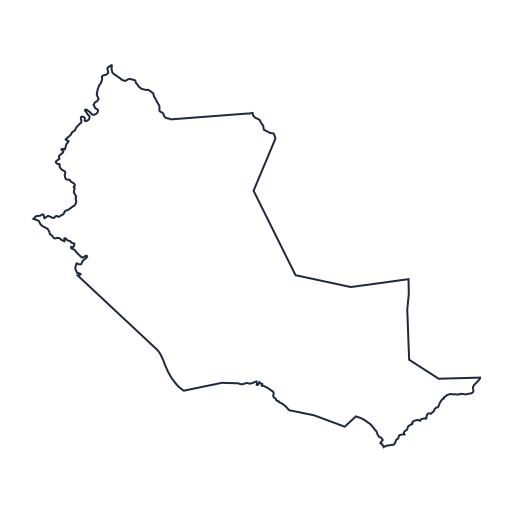 the district of Salama, Olancho, Honduras, rotated 89°
{"feature_id": "27666195B49586797079584", "entity_name": "Salama", "entity_type": "district", "adm_level": 2, "iso_a3": "HND", "parent_name": "Honduras", "parent_adm1": "Olancho", "projection": "robinson", "projection_center": [-86.647, 14.837], "detail": "fine", "context": "isolated", "style": "outline", "palette": "slate", "viewbox_px": 512, "rotation_deg": 89, "n_neighbors": 0, "source": "geoboundaries", "source_scale": "gbopen_adm2", "svg_char_len": 6033}
<svg xmlns="http://www.w3.org/2000/svg" viewBox="0 0 512 512"><g transform="rotate(89 256 256)"><path d="M270.1,435.0L270.1,434.0L270.3,432.9L270.7,431.9L271.1,431.7L271.6,432.1L272.4,434.6L348.7,355.8L351.2,354.1L352.8,353.1L358.9,350.4L363.3,348.9L370.6,345.8L376.3,342.7L381.4,339.0L384.8,336.2L386.1,334.8L389.2,331.0L389.4,330.5L382.2,292.3L382.9,278.1L382.9,276.2L383.9,273.6L384.0,271.9L383.8,270.8L383.1,268.8L382.8,267.1L383.5,264.6L383.4,263.6L382.8,261.3L381.7,258.8L381.5,257.7L383.6,257.3L384.8,257.6L385.0,257.3L384.8,256.5L384.4,255.9L382.2,254.9L382.6,254.5L383.2,254.2L384.0,252.0L384.4,252.0L385.6,252.6L385.9,252.5L386.0,252.2L385.9,251.3L386.0,250.7L387.3,248.1L388.1,246.6L391.8,241.5L392.5,241.0L393.6,240.7L396.2,241.2L396.8,241.1L397.9,240.3L399.5,238.4L400.7,238.2L401.2,237.3L401.7,235.8L402.6,235.5L403.6,233.3L404.6,231.7L407.0,228.8L410.2,226.1L411.1,224.8L411.1,224.0L416.3,200.7L428.2,170.3L418.1,158.9L420.0,153.7L422.1,150.0L424.2,147.4L425.3,145.6L427.6,143.2L428.8,142.4L430.7,140.7L431.7,140.4L432.6,139.3L433.8,138.5L436.7,137.5L438.8,136.2L439.5,135.0L439.7,134.1L440.4,133.7L441.9,132.5L442.3,132.5L442.9,132.9L444.4,134.5L445.3,134.9L445.7,134.5L446.2,133.3L447.2,133.0L447.4,132.6L448.0,132.0L449.3,131.7L448.8,130.9L447.8,128.0L447.6,125.4L447.2,123.8L447.1,121.8L446.8,121.1L446.1,120.6L445.2,120.5L445.0,120.2L444.0,119.5L443.1,119.4L442.4,119.0L441.8,118.5L441.0,117.0L438.0,116.1L437.5,115.0L437.1,113.5L436.9,112.0L437.0,110.7L435.2,111.2L434.0,110.6L433.5,110.1L432.9,108.7L432.5,108.2L431.9,107.9L429.8,107.2L428.8,106.6L428.0,105.4L426.5,102.5L426.2,102.4L425.8,102.7L425.3,102.8L424.6,102.3L424.0,101.7L423.6,100.9L422.7,97.2L422.9,96.5L423.6,94.9L422.1,93.8L421.4,90.9L421.6,89.0L421.5,88.8L421.2,88.5L420.3,88.6L419.4,88.2L418.1,88.0L416.8,87.0L416.5,86.6L416.4,85.2L416.7,83.8L416.6,83.5L415.7,82.8L415.0,81.7L414.4,81.1L413.4,80.5L412.3,80.1L411.6,79.5L410.9,78.6L410.4,76.9L410.0,76.4L408.1,75.5L406.5,75.0L403.4,73.0L402.1,71.8L401.8,70.7L400.8,70.6L400.2,70.2L399.8,68.9L398.5,67.7L398.1,66.3L397.6,65.2L397.4,64.1L397.8,61.0L397.8,58.9L398.0,57.1L397.9,55.1L397.5,54.4L397.4,53.4L397.6,51.3L398.1,48.5L397.8,47.7L397.4,45.5L397.3,43.9L396.5,42.0L395.7,41.3L394.9,41.0L394.1,41.0L391.8,41.4L390.8,41.3L390.1,41.0L389.1,40.4L384.0,35.4L382.6,34.3L381.5,34.1L381.5,34.3L381.9,75.5L362.4,104.7L312.2,105.7L296.7,103.9L281.8,103.9L288.7,161.8L275.9,216.8L190.7,257.3L138.9,234.5L135.2,235.6L134.3,236.0L133.8,236.5L133.6,236.8L133.4,238.8L132.9,240.4L129.8,246.0L125.7,246.6L122.8,248.7L120.4,249.7L119.3,251.1L117.9,254.0L116.4,255.7L115.1,256.5L112.9,256.9L113.5,260.9L113.4,261.9L117.9,338.6L117.0,340.9L116.6,343.1L115.8,344.4L115.0,345.0L113.6,345.8L111.8,346.3L111.3,346.9L109.9,349.3L109.2,349.9L107.5,350.0L104.9,349.9L104.1,350.1L99.7,352.5L97.9,353.3L94.7,355.2L93.7,355.5L92.1,355.7L91.4,356.1L88.3,360.2L88.0,361.3L88.0,362.7L87.8,364.2L86.9,367.3L86.1,368.5L84.6,370.3L82.3,371.7L81.0,372.9L78.5,373.7L78.2,374.0L77.2,377.2L76.8,379.6L77.0,380.6L78.4,383.1L78.7,384.0L77.3,387.4L76.4,388.2L71.4,395.1L70.3,396.2L69.7,396.5L67.0,397.1L65.1,397.1L63.0,396.8L62.8,396.9L62.7,397.2L62.9,397.8L63.8,398.9L64.7,400.6L65.4,401.2L66.4,401.3L69.6,400.5L70.1,400.6L70.9,401.2L71.9,402.2L72.9,405.7L73.2,406.3L73.7,406.8L74.3,407.0L75.4,406.7L76.8,406.8L79.5,407.7L80.7,408.2L82.0,409.3L83.3,410.1L87.0,411.5L91.8,412.4L92.6,412.2L95.9,410.7L96.4,410.7L98.8,412.4L99.0,413.6L99.6,414.3L102.0,415.8L102.3,415.5L103.0,415.1L105.1,414.5L107.1,411.5L108.2,411.4L109.6,411.9L110.5,412.6L111.4,414.0L112.0,415.5L112.0,416.5L111.8,417.1L111.4,417.6L109.4,419.4L107.1,422.3L106.5,423.6L106.7,424.0L107.0,424.4L107.5,424.5L109.0,423.3L111.4,421.9L113.1,420.1L114.5,420.0L116.3,420.6L116.8,421.0L117.8,422.4L118.2,423.5L118.1,424.2L117.7,424.9L115.4,424.7L114.5,425.2L113.9,426.1L113.6,427.1L113.6,427.9L113.9,428.4L114.5,428.7L115.2,428.7L118.0,428.2L119.7,428.5L121.1,430.4L122.5,431.6L124.1,433.3L125.5,434.1L127.0,434.6L129.0,437.6L131.9,439.4L136.0,444.3L136.3,444.3L136.6,444.0L137.6,441.7L137.9,441.4L138.2,441.4L140.1,443.1L141.1,443.7L146.0,445.2L145.5,447.0L145.7,448.0L146.1,448.7L146.3,448.7L147.8,446.9L148.3,446.8L148.8,446.9L149.2,447.2L151.7,450.4L152.5,451.1L153.5,451.3L154.8,451.0L155.5,451.0L157.1,453.4L157.8,454.2L158.3,454.5L159.1,454.4L160.1,453.4L160.6,451.9L160.7,451.0L161.0,450.6L163.3,450.9L166.0,449.1L167.8,446.1L168.4,445.4L169.8,445.2L171.5,445.9L174.7,445.3L175.7,444.8L176.1,444.3L176.3,443.7L176.5,441.3L177.4,440.4L178.5,439.6L180.0,437.2L180.8,436.4L181.4,436.0L181.9,435.9L182.6,436.0L183.4,436.9L183.8,437.1L184.3,437.0L184.6,436.4L185.2,436.2L186.3,436.4L187.9,436.9L189.1,437.0L189.8,436.8L190.7,436.2L193.7,434.7L194.4,435.2L195.3,435.4L197.1,434.9L198.7,434.8L201.6,435.9L202.5,436.7L203.3,438.3L205.9,441.9L206.7,443.4L207.6,445.9L208.0,446.3L210.9,447.9L211.8,449.8L213.3,452.2L213.2,453.4L213.0,453.8L212.6,454.3L212.5,454.9L212.8,455.7L214.3,457.1L214.4,458.0L214.2,458.8L213.1,461.0L212.3,463.2L212.6,463.9L214.2,466.1L214.5,466.7L214.1,467.1L212.3,467.4L211.2,467.8L210.8,468.1L210.7,468.6L210.9,469.4L211.7,470.6L212.0,471.4L212.2,474.4L212.4,475.2L215.0,477.9L216.5,473.8L217.1,472.8L217.7,472.2L219.9,471.3L221.5,470.0L222.5,468.8L223.9,466.3L224.7,464.8L225.3,463.8L228.2,462.2L230.7,461.7L230.9,461.4L231.0,460.7L231.5,460.1L233.9,458.3L234.9,457.2L234.9,456.4L234.4,454.3L234.6,452.7L235.1,451.7L236.1,450.7L236.8,449.6L238.0,447.4L237.5,447.1L236.9,446.9L235.1,447.4L234.9,447.0L234.9,446.5L235.1,446.0L237.2,444.0L238.1,441.2L238.9,440.8L239.5,440.3L240.5,437.4L241.0,437.4L243.2,438.0L243.8,438.9L243.6,440.6L244.1,440.7L245.0,440.6L245.5,440.0L246.2,438.2L246.8,437.2L249.7,435.0L254.2,430.5L254.4,429.9L254.4,429.1L252.8,426.1L252.8,425.4L253.2,424.9L253.7,424.8L255.1,425.8L257.0,428.5L257.7,429.1L258.7,429.8L260.6,430.6L261.1,431.0L261.3,431.6L261.2,432.8L260.8,434.5L260.2,435.3L260.3,435.6L263.6,436.7L265.5,436.9L266.1,436.8L267.7,435.9L269.4,435.4L270.1,435.0Z" fill="none" stroke="#1e293b" stroke-width="2"/></g></svg>